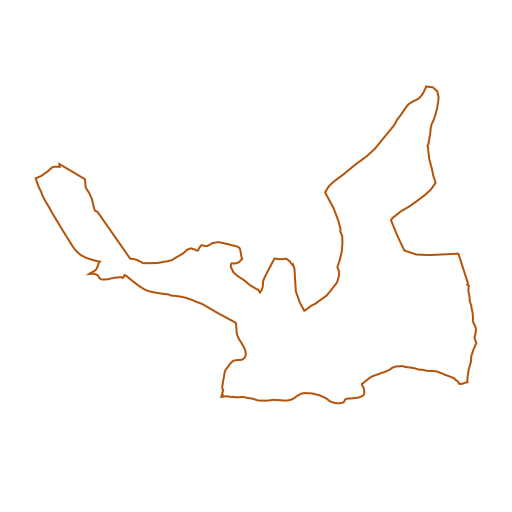 Marisule, Gros Islet, Saint Lucia, rotated 265°
{"feature_id": "8701671B53143424756117", "entity_name": "Marisule", "entity_type": "district", "adm_level": 2, "iso_a3": "LCA", "parent_name": "Saint Lucia", "parent_adm1": "Gros Islet", "projection": "albers", "projection_center": [-60.968, 14.046], "detail": "fine", "context": "isolated", "style": "outline", "palette": "amber", "viewbox_px": 512, "rotation_deg": 265, "n_neighbors": 0, "source": "geoboundaries", "source_scale": "gbopen_adm2", "svg_char_len": 6111}
<svg xmlns="http://www.w3.org/2000/svg" viewBox="0 0 512 512"><g transform="rotate(265 256 256)"><path d="M252.6,88.1L252.6,92.2L251.7,94.9L250.6,96.6L248.8,97.6L247.5,98.1L246.0,100.3L245.7,106.1L246.3,109.9L246.7,113.6L246.7,119.7L245.8,121.3L246.2,122.0L248.5,123.5L247.1,125.5L242.8,129.8L239.6,133.2L235.8,137.5L232.5,141.9L230.9,144.8L230.0,147.0L228.8,150.7L226.6,159.3L225.4,165.4L224.1,167.6L223.2,172.5L222.0,177.7L220.7,181.7L218.3,187.5L215.2,193.2L213.9,196.3L212.1,199.4L202.7,212.6L191.8,229.2L191.1,230.1L187.4,230.2L182.7,230.1L179.3,230.3L177.5,230.8L174.4,231.9L171.8,233.4L170.2,234.2L168.4,235.0L166.3,235.9L164.1,236.7L162.0,237.2L160.2,237.3L157.9,237.1L156.1,236.2L154.6,234.5L153.9,233.1L153.9,230.9L154.0,228.6L153.9,226.3L153.6,224.2L151.3,221.2L147.0,217.5L145.5,216.0L143.6,214.9L142.0,214.4L138.8,213.7L134.9,212.5L130.0,211.3L127.5,210.8L125.9,211.3L125.5,211.7L119.4,209.5L119.8,210.7L119.0,210.6L118.7,210.3L118.9,213.4L118.9,214.1L117.8,219.0L117.7,220.6L116.9,224.6L116.8,227.9L116.9,228.8L116.7,230.4L116.5,231.6L115.7,233.9L114.9,237.2L114.6,238.2L114.4,239.3L113.7,241.5L113.3,242.2L112.2,244.7L111.7,246.6L111.3,251.2L111.0,252.6L111.0,257.0L111.1,259.2L111.2,260.1L111.1,261.4L110.1,268.4L109.8,269.7L109.5,271.7L109.3,274.4L109.5,276.6L109.9,278.9L110.2,279.5L110.8,281.2L111.9,283.1L112.4,283.8L113.4,285.5L114.8,288.8L115.0,289.7L115.2,291.4L115.1,293.0L114.4,298.7L113.8,301.3L112.9,303.5L112.2,305.8L111.7,307.0L111.2,308.1L110.7,308.8L109.7,310.8L108.6,312.8L107.5,314.2L105.6,316.1L104.7,317.2L103.1,320.5L103.0,320.8L102.4,323.3L102.1,324.9L102.0,326.0L102.2,328.3L102.6,330.6L103.1,331.1L105.1,332.1L105.5,332.7L105.9,333.5L105.9,336.2L105.8,339.8L106.1,346.1L107.2,349.4L107.4,350.1L107.8,350.7L108.4,351.3L109.4,351.8L111.0,352.0L112.7,352.0L114.0,351.9L115.5,351.6L118.1,350.3L119.0,350.2L119.3,350.3L120.0,351.3L120.5,352.4L121.0,353.1L122.7,355.5L124.3,358.1L125.5,360.3L126.0,361.4L126.3,362.4L126.7,364.1L127.1,365.3L127.7,368.4L128.2,369.5L128.6,370.7L129.0,373.2L130.9,378.8L131.5,380.1L132.3,381.1L132.9,382.5L133.5,384.5L133.7,386.2L133.7,387.8L133.6,389.4L133.7,390.7L133.6,391.7L133.2,393.0L132.7,394.6L132.2,396.1L131.5,399.7L131.2,401.0L130.9,402.3L130.6,403.0L130.5,403.8L128.7,408.2L128.5,409.4L128.4,410.7L127.5,414.1L127.2,414.7L126.6,417.3L126.6,417.8L126.4,418.7L125.9,422.9L125.4,425.3L124.7,427.0L122.4,431.9L122.1,432.4L121.3,433.7L118.7,439.3L117.4,441.6L117.3,442.1L116.8,442.9L116.0,443.5L115.3,443.9L114.4,445.0L114.2,445.2L113.7,445.8L113.4,446.1L113.1,446.4L111.7,446.9L111.4,446.9L110.9,447.6L110.7,448.9L110.7,450.3L110.8,450.8L111.4,452.4L111.8,455.7L113.0,455.6L116.7,456.2L119.9,456.9L124.2,458.0L132.3,461.0L137.2,461.6L144.5,464.8L149.8,467.8L155.6,466.5L156.5,466.9L161.0,468.2L163.0,468.6L164.7,468.7L166.8,468.3L170.7,466.7L172.8,466.4L175.3,466.8L181.0,466.8L185.3,466.2L188.4,466.0L191.7,465.2L193.6,465.0L195.8,465.2L200.7,464.8L202.6,464.5L207.9,465.4L208.9,463.9L210.1,464.8L240.7,457.8L241.8,428.7L243.5,415.8L248.6,404.2L264.4,398.4L280.0,393.6L282.0,395.4L288.0,404.4L291.8,412.7L296.7,421.0L302.3,430.0L306.8,435.8L313.1,441.2L317.3,440.4L319.0,439.9L320.0,439.7L323.1,439.3L326.3,439.0L330.8,438.2L337.8,437.0L346.5,436.8L349.1,436.8L350.7,436.4L351.7,436.9L352.9,437.8L354.1,437.7L355.3,438.4L356.5,438.7L357.7,438.8L359.4,439.2L360.6,439.7L361.7,440.0L362.9,440.3L364.6,440.5L365.9,440.9L367.3,441.0L368.4,441.3L370.2,442.0L371.3,442.1L372.5,442.7L374.9,444.2L377.1,445.3L380.1,446.5L380.9,446.9L382.3,447.5L384.8,448.3L387.0,449.2L392.6,450.6L394.0,451.0L396.7,451.4L398.0,451.8L399.2,451.5L400.2,451.5L404.3,450.9L406.6,448.7L408.6,447.0L410.0,440.1L409.0,439.8L407.5,439.0L404.2,437.0L402.0,435.3L400.9,434.3L400.0,433.3L398.9,432.2L397.7,429.5L397.3,428.7L396.8,427.1L395.7,424.7L394.4,422.0L393.2,420.4L392.6,419.8L391.7,419.0L389.5,417.0L388.1,415.9L384.2,412.8L381.1,410.0L379.2,408.1L376.6,406.8L373.1,403.9L352.5,383.8L345.6,374.8L338.6,363.2L330.2,351.0L323.5,340.2L319.6,335.1L313.5,330.4L307.6,332.8L297.1,337.4L284.3,341.0L275.3,342.6L272.9,342.1L268.6,343.6L262.2,343.3L253.6,342.0L245.3,339.3L237.9,336.1L233.2,337.4L229.3,337.0L222.6,334.4L216.5,328.8L210.4,322.9L205.7,314.8L204.1,312.4L203.3,311.0L203.0,310.3L201.9,307.2L199.0,302.5L197.3,299.3L199.0,298.5L206.0,295.5L217.5,292.6L239.9,293.2L243.7,292.3L243.1,292.0L247.6,289.2L250.6,286.1L250.7,279.3L251.9,274.3L246.4,270.6L244.2,269.3L240.8,267.0L235.5,263.7L233.0,262.2L231.5,261.4L229.7,260.8L225.6,260.2L223.5,259.5L221.1,258.3L220.2,257.6L219.3,256.8L222.5,255.1L222.6,254.3L223.3,253.2L227.2,247.9L229.4,245.5L231.9,243.2L232.9,241.9L233.4,241.4L236.1,237.9L237.9,235.8L239.7,233.9L241.7,232.1L242.8,231.6L243.7,231.5L245.9,230.4L247.2,230.1L248.6,230.0L250.0,230.4L250.7,230.9L250.8,231.6L250.5,233.0L250.4,233.9L250.4,235.2L250.6,236.1L251.2,238.2L251.9,239.2L253.2,240.5L253.8,241.3L254.4,242.0L255.1,241.7L256.0,241.5L262.9,240.9L264.4,240.6L265.5,240.2L267.0,238.3L267.3,237.5L269.6,230.9L270.5,228.3L273.1,219.8L272.7,213.9L270.6,209.5L270.2,208.1L270.1,207.0L270.5,206.0L270.6,205.2L271.4,203.2L271.5,202.5L271.1,202.1L269.4,200.5L267.5,199.2L267.0,199.0L266.7,198.6L266.4,198.3L266.5,197.7L267.6,195.9L268.6,193.5L269.2,192.4L269.2,191.8L268.9,190.0L268.4,188.6L267.9,187.5L265.3,184.1L264.5,182.8L263.6,180.9L261.4,176.0L259.2,171.9L258.8,169.3L258.6,168.4L258.3,166.8L258.4,165.6L257.8,159.5L257.6,156.6L258.1,150.3L258.3,146.7L258.7,142.9L259.7,141.5L261.6,138.3L262.4,137.2L262.9,136.1L264.5,130.3L313.9,101.9L315.1,99.5L319.0,98.6L325.7,97.7L327.5,97.3L331.8,95.9L333.4,95.2L339.1,92.3L347.4,92.3L364.8,68.1L361.8,68.2L362.1,67.0L362.3,64.2L362.5,63.2L362.5,62.3L362.2,61.0L361.3,59.6L358.0,55.2L356.9,53.1L355.3,50.6L354.5,49.1L353.1,45.0L352.6,43.3L345.9,45.0L342.8,45.9L339.1,47.4L336.7,48.0L334.7,48.6L330.0,50.5L321.8,54.5L319.3,55.5L315.2,57.4L312.2,58.9L296.3,66.7L289.8,70.0L281.4,74.3L278.5,76.0L275.2,78.6L272.2,81.5L269.2,86.3L266.7,91.8L265.1,96.3L264.0,100.0L262.8,98.8L260.5,97.9L258.4,96.7L256.5,95.6L255.8,94.7L254.9,93.2L253.1,88.9L252.6,88.1Z" fill="none" stroke="#b45309" stroke-width="2"/></g></svg>